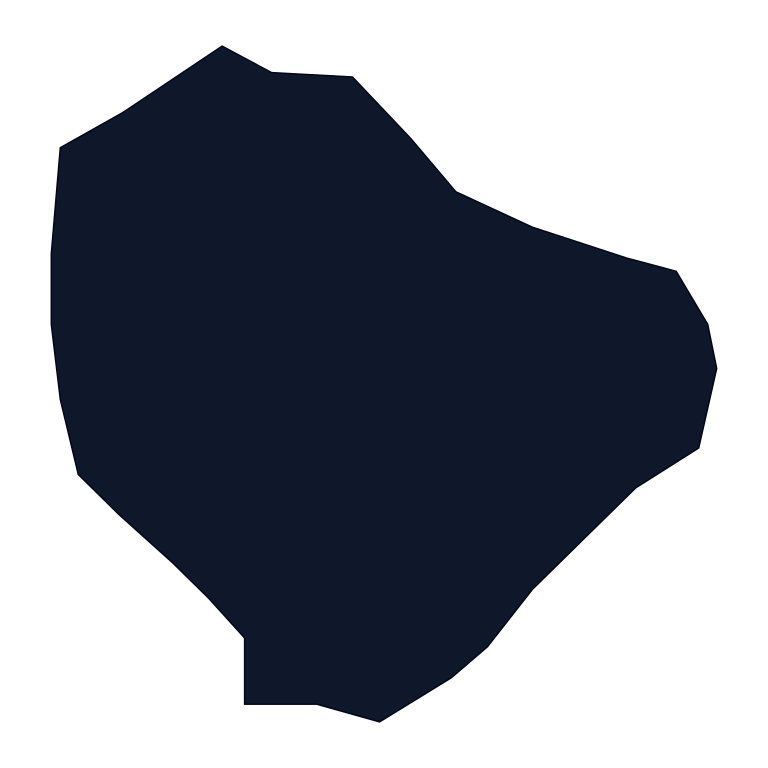 the district of Ftericha, Cyprus
{"feature_id": "46923920B7341573367823", "entity_name": "Ftericha", "entity_type": "district", "adm_level": 2, "iso_a3": "CYP", "parent_name": "Cyprus", "parent_adm1": "", "projection": "robinson", "projection_center": [33.226, 35.318], "detail": "fine", "context": "isolated", "style": "filled", "palette": "ink", "viewbox_px": 768, "rotation_deg": 0, "n_neighbors": 0, "source": "geoboundaries", "source_scale": "gbopen_adm2", "svg_char_len": 483}
<svg xmlns="http://www.w3.org/2000/svg" viewBox="0 0 768 768"><path d="M222.1,46.1L123.2,112.3L60.3,147.7L51.3,253.7L51.3,324.3L60.3,399.4L78.3,474.5L118.7,514.3L172.7,562.9L208.6,598.2L244.6,638.0L244.6,704.2L316.6,704.2L379.5,721.9L451.4,677.7L487.4,646.8L532.4,589.4L586.3,536.4L635.8,487.8L698.7,448.0L716.7,368.5L707.7,324.3L676.2,271.3L626.8,258.1L532.4,227.2L455.9,191.8L411.0,138.8L352.5,77.0L271.6,72.6L222.1,46.1Z" fill="#0f172a" stroke="#020617" stroke-width="1.5"/></svg>